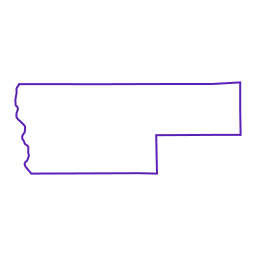 Vernon, Wisconsin, United States of America (Natural Earth projection)
{"feature_id": "52423323B99158038275435", "entity_name": "Vernon", "entity_type": "district", "adm_level": 2, "iso_a3": "USA", "parent_name": "United States of America", "parent_adm1": "Wisconsin", "projection": "natural_earth1", "projection_center": [-91.112, 43.577], "detail": "fine", "context": "isolated", "style": "outline", "palette": "violet", "viewbox_px": 256, "rotation_deg": 0, "n_neighbors": 0, "source": "geoboundaries", "source_scale": "gbopen_adm2", "svg_char_len": 853}
<svg xmlns="http://www.w3.org/2000/svg" viewBox="0 0 256 256"><path d="M240.2,109.1L240.2,82.4L212.0,84.0L176.4,84.0L171.2,84.0L100.2,84.2L19.0,84.1L18.8,84.7L18.2,85.9L16.9,87.6L16.5,88.8L16.6,93.0L15.5,98.6L15.4,101.5L15.7,105.0L15.9,105.6L17.3,106.7L17.6,107.2L17.9,108.9L17.7,110.0L16.5,113.2L16.4,116.7L17.3,118.3L18.1,119.4L18.9,120.2L20.1,121.1L23.3,124.3L24.4,125.5L24.8,126.1L25.0,126.6L25.1,128.5L24.8,131.7L24.4,132.6L23.0,134.6L22.4,135.8L22.2,136.3L22.2,137.3L22.4,138.9L23.9,141.1L24.8,143.7L25.5,144.4L27.2,145.5L28.2,146.6L28.4,147.1L28.3,148.4L28.3,150.7L28.2,151.7L28.4,153.5L28.9,155.3L28.7,156.4L27.7,159.3L26.7,161.0L25.6,161.9L24.9,162.7L24.7,163.3L24.7,164.1L24.9,165.3L25.7,166.9L30.8,173.0L31.2,173.6L138.7,173.2L157.0,173.6L156.2,135.2L212.5,134.9L240.6,134.9L240.2,109.1Z" fill="none" stroke="#5b21b6" stroke-width="2"/></svg>